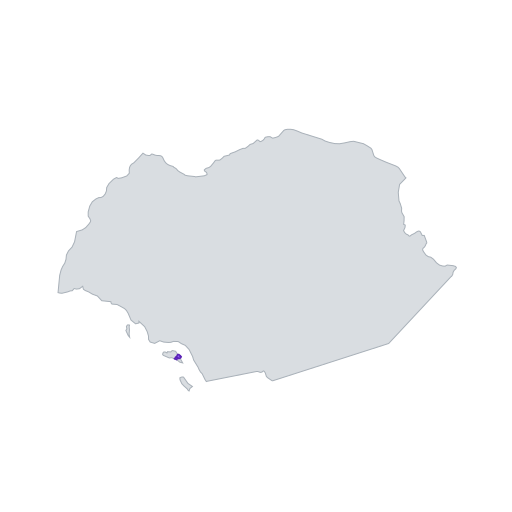 Kaskazini B, Kaskazini-Unguja, United Republic of Tanzania shown in context, rotated 133°
{"feature_id": "72390352B15073652071238", "entity_name": "Kaskazini B", "entity_type": "district", "adm_level": 2, "iso_a3": "TZA", "parent_name": "United Republic of Tanzania", "parent_adm1": "Kaskazini-Unguja", "projection": "mercator", "projection_center": [39.266, -5.966], "detail": "fine", "context": "in_parent", "style": "filled", "palette": "violet", "viewbox_px": 512, "rotation_deg": 133, "n_neighbors": 0, "source": "geoboundaries", "source_scale": "gbopen_adm2", "svg_char_len": 5035}
<svg xmlns="http://www.w3.org/2000/svg" viewBox="0 0 512 512"><g transform="rotate(133 256 256)"><path d="M198.7,344.7L193.9,342.2L189.6,340.6L186.1,338.9L184.6,337.3L181.2,336.6L178.4,336.4L175.7,334.8L170.3,334.3L169.7,333.2L169.6,331.0L168.7,330.4L166.7,329.8L164.6,329.8L163.3,330.2L162.5,330.0L160.7,328.7L159.1,327.0L158.5,324.2L156.0,322.5L153.1,321.1L145.2,321.3L143.9,320.9L142.0,319.5L139.8,317.2L138.0,314.6L136.5,311.1L134.8,306.4L125.7,287.5L124.8,283.9L123.0,280.0L120.1,275.1L117.0,271.5L112.8,268.3L108.0,265.0L105.5,262.8L100.6,254.0L99.6,249.8L98.8,245.5L99.1,243.8L102.2,238.3L102.5,236.7L102.1,234.6L100.6,230.2L98.7,224.9L94.8,215.1L94.2,212.7L94.3,210.8L96.6,201.0L96.6,199.6L105.7,199.8L112.4,195.4L118.2,189.0L119.3,186.3L121.7,182.1L124.0,180.1L124.9,178.7L126.2,174.5L129.3,171.7L132.2,169.6L131.6,168.1L132.1,167.5L133.7,166.4L136.8,165.4L137.5,163.2L137.5,160.8L136.9,159.4L137.0,157.8L136.6,157.0L134.5,156.7L131.4,155.5L128.9,155.0L127.1,154.3L126.5,153.7L126.2,152.3L127.6,148.5L126.2,147.0L129.4,140.7L130.0,140.0L131.1,139.9L133.0,139.2L134.7,138.9L136.0,139.1L137.1,138.9L138.0,138.2L138.7,136.0L139.4,132.5L139.0,129.6L137.7,127.4L137.3,124.0L137.9,119.4L137.5,115.6L136.0,112.6L134.5,110.8L132.2,110.0L128.7,105.3L127.6,103.1L127.7,101.7L129.0,101.1L131.3,101.3L133.4,100.8L135.4,99.5L137.4,99.1L138.4,99.3L229.5,99.3L335.9,158.7L336.3,159.4L337.1,164.6L337.0,166.3L335.3,169.2L334.8,170.8L334.8,171.9L335.2,172.3L336.6,172.4L337.8,173.1L338.3,173.7L339.2,175.9L340.3,177.0L380.8,206.2L381.7,206.7L381.1,209.1L378.8,215.1L378.7,217.5L377.8,220.4L376.9,222.4L374.6,230.7L372.7,233.9L370.0,241.2L369.6,246.8L371.0,250.8L371.6,254.5L374.7,258.1L377.2,259.4L378.9,261.0L381.9,264.8L383.6,268.6L389.0,270.5L391.1,274.7L390.3,277.7L387.8,280.1L385.5,284.0L383.6,289.2L383.6,297.1L384.8,295.9L387.7,297.8L388.1,303.7L385.1,310.4L384.2,313.6L384.1,316.3L386.2,324.5L389.4,328.6L389.2,329.9L388.4,331.0L393.9,338.3L393.4,344.7L395.5,349.7L396.4,354.0L397.7,357.3L398.0,359.6L396.3,362.1L400.3,362.8L402.7,364.8L403.8,366.8L406.7,366.7L408.3,368.1L410.6,369.2L415.6,372.5L416.9,374.2L417.8,375.8L404.0,386.4L399.0,389.1L395.4,390.3L391.6,391.0L388.0,392.7L384.6,395.3L380.2,396.6L374.9,396.6L369.3,398.4L360.5,403.9L355.4,400.9L351.3,399.9L346.7,400.0L343.9,400.4L342.9,401.0L342.0,402.9L341.3,405.9L338.2,408.8L332.9,411.6L328.0,412.7L323.5,412.0L320.5,410.8L318.9,409.2L316.6,408.4L313.5,408.6L310.5,409.7L307.7,411.9L303.2,412.9L297.0,412.6L293.7,411.5L293.2,409.7L290.5,407.6L285.6,405.1L281.9,405.1L279.6,407.4L277.4,408.9L275.5,409.5L273.7,409.6L271.2,408.9L264.4,408.7L257.9,408.8L257.3,405.4L255.9,403.3L254.8,402.1L252.5,401.8L251.9,400.8L251.1,398.7L250.0,396.9L248.6,395.4L247.7,394.0L247.4,392.8L247.6,391.4L249.0,387.9L249.4,385.5L249.3,383.1L248.5,380.6L247.0,377.6L247.2,376.8L246.7,374.7L246.6,373.3L246.9,371.6L246.6,369.2L245.3,364.3L245.3,363.0L243.9,360.6L239.6,354.9L239.4,354.2L232.6,348.5L229.9,347.3L229.0,348.3L228.6,349.3L228.9,351.1L228.7,352.0L228.4,352.5L226.8,352.4L225.8,352.2L223.3,350.7L221.3,350.3L216.3,350.6L214.6,350.9L213.2,350.6L210.6,347.9L207.6,347.4L204.8,347.3L200.3,344.3L198.7,344.7ZM389.7,249.9L391.9,256.1L391.6,257.3L390.0,258.0L389.2,258.0L388.2,257.1L387.6,255.0L386.4,255.5L384.3,252.9L382.3,252.8L380.5,249.8L381.2,247.2L380.8,242.8L383.0,240.5L384.2,236.7L385.6,239.3L385.9,243.4L387.8,248.2L389.7,249.9ZM400.4,212.9L400.5,214.4L400.1,215.7L400.2,220.1L400.0,223.1L398.4,227.1L397.0,228.6L395.8,228.1L394.8,227.5L394.0,226.4L395.6,218.9L394.8,213.5L397.9,214.0L400.4,212.9ZM395.9,302.7L394.3,303.0L393.7,302.7L392.8,301.4L394.4,300.4L396.1,298.4L399.8,295.4L401.6,293.0L401.3,295.3L399.2,300.4L397.4,300.7L395.9,302.7Z" fill="#d9dde1" stroke="#a8b0b8" stroke-width="1"/><path d="M381.7,241.7L381.8,241.7L381.8,241.8L381.7,241.9L381.7,242.0L381.3,242.3L381.2,242.4L381.2,242.6L381.3,242.7L381.3,243.0L381.2,243.0L381.2,242.9L381.2,242.7L381.1,242.4L381.0,242.2L381.1,241.9L380.9,241.8L380.7,241.9L380.7,242.0L380.6,242.3L380.6,242.5L380.7,242.8L380.7,243.0L380.5,243.3L380.5,243.5L380.6,243.8L380.6,244.0L380.6,244.3L380.6,244.5L380.7,244.8L380.7,245.0L380.8,245.0L380.8,245.3L380.9,245.5L381.0,245.6L381.2,245.8L381.7,245.8L381.7,246.0L381.8,246.0L381.8,245.9L382.0,245.9L382.3,245.9L382.5,245.8L383.1,245.6L383.3,245.6L383.6,245.6L383.8,245.6L384.1,245.6L384.3,245.7L384.5,245.7L384.7,245.8L384.8,245.8L385.0,245.8L385.1,245.7L386.4,245.5L386.7,245.5L386.8,245.5L386.8,245.4L386.7,245.2L386.4,244.9L386.4,244.7L386.2,244.4L386.2,244.2L386.1,243.8L386.0,243.7L386.0,243.4L385.9,243.3L385.6,243.4L385.4,243.4L385.1,243.5L384.8,243.7L384.8,243.8L384.7,243.9L384.5,244.0L384.4,244.0L384.3,244.3L384.3,244.5L384.1,244.5L384.0,244.4L384.0,244.2L384.0,243.9L383.9,243.8L383.7,243.8L383.7,243.7L383.7,243.4L383.7,243.2L383.8,243.0L383.8,242.9L383.7,242.9L383.5,242.5L383.5,242.4L383.4,242.2L383.1,242.1L382.9,242.1L382.7,242.1L382.4,242.0L382.2,241.9L382.1,241.7L381.9,241.7L381.7,241.7L381.7,241.7Z" fill="#8b5cf6" stroke="#5b21b6" stroke-width="1.5"/></g></svg>